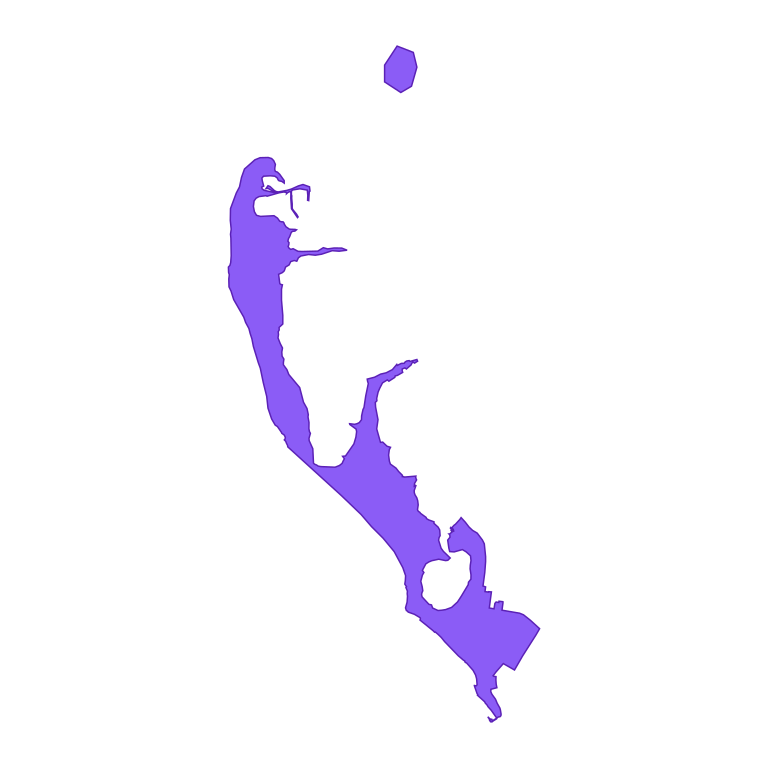 Al Mina, Yemen
{"feature_id": "15242507B27528285733897", "entity_name": "Al Mina", "entity_type": "district", "adm_level": 2, "iso_a3": "YEM", "parent_name": "Yemen", "parent_adm1": "", "projection": "natural_earth1", "projection_center": [42.92, 14.868], "detail": "fine", "context": "isolated", "style": "filled", "palette": "violet", "viewbox_px": 768, "rotation_deg": 0, "n_neighbors": 0, "source": "geoboundaries", "source_scale": "gbopen_adm2", "svg_char_len": 6125}
<svg xmlns="http://www.w3.org/2000/svg" viewBox="0 0 768 768"><path d="M514.5,670.0L522.5,656.1L536.0,634.9L539.6,628.7L530.3,620.2L523.5,614.8L519.6,613.2L502.0,610.2L503.0,602.7L502.9,601.7L499.0,601.2L498.8,602.5L496.1,602.0L494.9,603.4L494.0,608.8L489.3,608.0L491.4,591.9L488.4,591.7L488.3,592.1L485.0,591.6L485.6,586.9L483.0,586.0L484.8,572.4L485.6,561.6L485.6,556.6L484.3,543.8L482.4,540.0L477.2,533.1L472.6,530.4L469.0,527.0L465.3,522.2L461.1,517.6L459.8,519.5L455.5,524.2L453.9,525.4L451.9,527.7L453.3,529.5L453.9,531.7L450.8,527.5L450.4,528.1L451.5,529.5L451.0,530.4L452.1,531.9L449.6,534.0L449.0,534.0L449.8,534.9L450.0,537.2L447.7,540.1L448.8,547.9L449.7,551.6L454.2,551.9L462.4,549.6L466.2,551.9L470.5,555.8L471.0,560.6L470.3,565.1L470.1,568.9L471.0,574.9L470.9,579.2L468.5,582.2L468.2,584.7L461.3,596.2L457.5,602.0L451.6,607.4L445.6,609.6L441.8,610.2L438.0,610.5L432.6,608.0L431.5,604.9L428.9,604.3L422.1,596.9L421.6,594.8L421.9,592.8L422.8,590.8L422.2,586.7L420.8,581.3L422.4,575.1L423.9,572.5L422.4,570.4L425.8,563.9L428.7,562.0L431.8,560.7L438.7,559.2L445.6,560.6L447.8,560.3L450.2,558.0L443.4,551.4L441.1,548.2L438.6,540.2L439.1,537.5L440.1,535.7L439.7,530.0L438.1,527.1L434.0,523.4L434.0,521.8L428.7,519.9L426.5,518.6L426.1,517.4L420.6,513.4L419.8,512.3L418.7,511.6L417.8,510.6L417.5,509.5L418.2,504.9L417.7,500.7L416.8,497.8L415.0,494.8L414.3,492.7L414.2,490.6L415.9,485.6L415.5,485.4L414.3,486.1L414.6,483.3L416.6,479.9L416.1,479.0L416.0,478.1L415.6,477.4L415.9,476.1L404.1,477.1L403.8,476.7L402.3,476.6L402.4,475.3L398.6,471.5L396.0,468.1L390.4,464.1L389.4,461.2L388.6,455.1L389.3,449.7L390.5,447.3L387.0,446.2L382.7,442.1L380.5,442.4L376.7,428.9L378.0,419.7L375.6,407.1L375.3,402.4L376.9,400.8L376.7,398.4L378.1,392.1L379.8,388.1L382.5,382.9L387.3,379.9L388.9,381.2L394.8,377.4L395.2,375.9L397.4,375.4L402.7,372.4L402.2,370.7L402.2,369.0L404.9,367.9L406.4,369.0L411.1,364.9L411.7,363.5L412.8,362.0L414.6,363.1L417.6,361.2L416.9,359.5L410.1,361.4L409.2,360.6L406.7,361.0L405.1,362.0L404.2,363.3L401.3,363.4L397.3,365.4L396.8,364.4L392.4,369.6L386.2,372.8L380.6,374.1L374.6,377.2L367.2,379.1L367.6,381.4L368.3,383.5L365.7,396.1L364.0,407.5L363.0,409.5L361.6,415.9L361.5,419.7L359.3,422.6L357.0,423.7L354.6,424.3L349.6,423.7L349.8,424.5L356.1,429.1L356.6,431.7L355.9,437.1L353.9,443.9L345.5,456.0L342.6,456.3L344.4,458.8L343.2,460.9L342.1,463.4L339.4,465.5L335.1,467.2L320.9,466.6L318.2,466.1L316.6,465.0L314.6,464.2L313.5,463.2L312.8,448.7L309.2,440.7L309.0,438.4L310.4,433.3L309.5,431.7L308.9,428.7L309.0,422.5L308.0,416.9L308.3,414.7L307.0,408.5L303.5,402.2L299.7,387.6L288.8,374.5L286.9,369.6L283.4,364.8L283.4,362.5L283.9,359.1L282.1,356.2L281.8,352.1L282.5,348.0L280.2,343.5L278.0,337.9L278.5,334.5L278.2,331.8L279.2,330.0L279.1,327.4L282.8,324.0L282.8,315.4L281.5,300.1L281.5,289.2L282.4,284.8L280.6,284.3L279.8,283.6L278.6,274.3L282.2,272.7L283.9,271.3L284.6,270.0L285.5,267.1L289.1,264.9L290.7,261.6L294.2,260.5L296.8,261.2L298.4,257.8L300.9,256.0L308.6,254.5L315.3,255.2L321.6,254.2L332.2,250.7L339.2,251.2L347.1,250.2L341.8,248.1L334.1,248.0L327.7,248.9L323.3,247.7L317.8,251.1L302.1,251.5L298.0,251.3L293.1,248.7L290.8,249.4L289.2,248.3L288.1,246.6L288.8,244.7L289.0,242.6L287.9,241.2L288.5,238.6L289.7,236.5L291.0,233.0L291.7,231.9L292.8,231.3L294.9,231.1L296.5,229.8L295.2,229.4L289.5,229.2L286.0,226.8L284.4,224.3L283.9,222.8L283.0,221.8L281.5,221.8L279.7,221.2L277.5,218.1L274.0,215.7L260.5,216.4L256.5,215.3L254.4,211.7L253.4,206.5L254.1,200.9L256.1,198.2L259.0,196.6L265.9,195.7L267.1,196.2L279.1,192.8L283.8,192.0L286.3,192.4L286.6,192.7L286.5,193.7L287.7,192.6L289.5,191.7L290.7,191.5L290.9,193.6L290.8,198.1L291.5,208.8L297.5,217.6L298.1,216.9L296.7,214.4L292.6,209.3L292.2,208.1L292.2,204.0L291.7,198.1L291.8,195.8L291.4,194.6L291.4,191.4L292.2,190.2L292.9,189.9L299.9,188.8L307.3,190.1L307.8,195.3L307.6,200.3L308.7,200.6L309.3,191.5L310.0,191.1L309.5,186.8L303.0,184.5L298.4,185.9L291.5,189.0L286.8,190.4L278.4,191.9L276.6,191.7L274.5,190.7L270.0,186.5L268.0,185.7L266.0,188.6L268.0,188.4L275.2,192.4L273.9,192.5L264.1,190.3L262.1,188.8L261.7,187.1L263.7,186.1L262.3,180.8L261.9,178.1L263.5,176.2L270.3,175.8L274.8,176.2L277.2,177.9L278.2,180.0L279.1,180.8L281.8,181.4L284.2,183.1L284.2,180.6L279.7,174.3L277.4,172.1L275.4,171.4L274.8,169.9L274.8,168.0L275.4,164.4L273.7,160.6L271.6,158.5L268.2,157.5L260.1,157.7L254.9,159.8L244.5,169.0L241.5,177.4L239.5,186.9L236.3,193.0L230.5,208.6L230.3,220.4L231.2,229.2L230.5,234.2L230.9,238.2L231.2,255.7L230.7,262.6L229.9,265.4L228.4,267.1L228.6,272.5L229.3,274.7L228.8,278.9L229.0,286.9L231.0,291.0L233.7,299.6L243.8,317.2L245.6,322.4L248.9,328.5L250.2,333.6L251.9,338.8L253.4,346.5L258.3,362.7L260.3,368.2L263.3,382.7L266.7,396.4L268.0,408.2L271.6,418.9L275.2,425.1L277.4,426.5L281.4,432.3L281.8,433.3L284.2,435.0L285.3,437.2L285.1,439.0L284.3,439.9L285.7,441.3L286.6,443.6L287.5,445.2L287.8,446.9L341.4,495.6L361.1,514.5L371.5,526.6L383.1,538.2L394.2,551.6L402.8,567.6L405.6,575.7L405.3,580.9L404.8,584.1L406.5,586.7L405.9,587.5L407.4,591.0L407.2,593.8L407.5,596.2L407.1,602.1L405.5,607.9L406.4,610.6L407.3,611.0L408.2,612.1L414.4,614.3L419.8,617.5L420.3,618.0L420.4,619.0L420.0,620.1L433.1,630.7L434.6,632.2L435.3,632.0L438.1,634.4L441.3,637.5L444.6,641.6L458.3,655.8L463.2,660.0L464.8,661.0L464.9,661.9L465.7,662.6L466.6,663.0L473.1,670.4L475.6,675.1L476.6,678.8L477.1,684.7L476.4,685.7L475.3,685.8L474.6,685.6L474.5,684.9L474.3,685.6L477.1,693.7L477.7,694.5L477.8,694.9L477.5,695.3L484.7,701.8L485.2,703.0L487.1,705.1L488.0,706.7L491.3,710.4L496.6,717.9L496.0,718.6L492.9,720.5L492.9,720.2L490.9,719.6L491.3,719.2L489.7,718.8L488.0,716.8L488.2,717.6L489.2,718.7L489.5,720.1L490.5,721.7L491.0,721.9L492.2,721.8L493.1,721.0L496.6,718.8L497.2,717.7L498.3,717.0L500.0,716.7L500.9,715.7L501.1,714.2L500.4,709.9L499.9,708.1L497.2,703.3L495.5,699.2L491.9,694.2L490.8,691.7L490.9,689.3L496.9,687.7L496.2,684.3L495.9,680.1L496.0,676.6L493.9,676.4L493.1,675.8L495.8,672.2L503.3,663.6L514.5,670.0ZM411.5,86.2L416.9,67.2L413.3,52.4L397.1,46.1L384.6,65.1L384.6,81.9L400.8,92.5L411.5,86.2Z" fill="#8b5cf6" stroke="#5b21b6" stroke-width="1.5"/></svg>